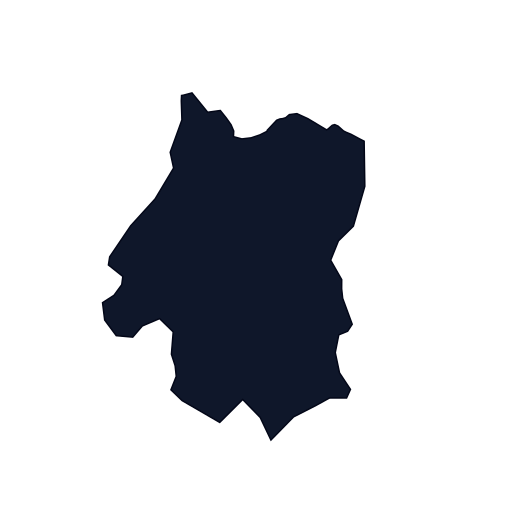 map outline of Făleşti (Albers equal-area conic projection), rotated 131°
{"feature_id": "MDA-1620", "entity_name": "Făleşti", "entity_type": "District", "adm_level": 1, "iso_a3": "MDA", "parent_name": "Moldova", "parent_adm1": "", "projection": "albers", "projection_center": [27.695, 47.571], "detail": "fine", "context": "isolated", "style": "filled", "palette": "ink", "viewbox_px": 512, "rotation_deg": 131, "n_neighbors": 0, "source": "natural_earth", "source_scale": "10m", "svg_char_len": 1078}
<svg xmlns="http://www.w3.org/2000/svg" viewBox="0 0 512 512"><g transform="rotate(131 256 256)"><path d="M99.5,254.1L98.4,249.7L132.0,219.6L169.6,202.1L190.5,203.7L210.2,196.9L217.6,175.8L224.6,169.8L231.1,162.8L244.4,138.6L252.7,137.5L261.2,141.8L276.9,132.8L289.4,116.3L294.7,97.2L303.7,94.5L315.0,107.4L329.2,112.6L352.8,122.1L385.1,124.0L375.1,146.9L373.0,171.9L405.4,174.2L413.6,216.9L412.8,232.4L399.2,237.2L391.9,245.0L385.6,255.4L367.6,268.7L366.5,287.7L383.4,295.9L398.1,295.8L407.8,309.2L403.6,328.2L391.9,341.2L378.8,337.4L365.7,338.5L358.8,343.1L359.6,361.5L352.6,365.9L315.4,370.4L279.1,369.6L243.7,375.9L234.0,388.8L201.9,401.2L187.9,414.2L183.7,417.5L182.4,416.4L174.9,411.3L179.2,386.8L169.6,378.4L171.3,369.1L173.3,360.9L176.3,354.8L180.7,351.3L176.9,343.5L170.0,337.2L162.0,332.5L154.7,329.5L153.8,330.0L140.0,329.5L136.9,327.9L134.8,326.0L132.1,324.3L127.4,323.6L121.7,318.5L118.3,306.9L114.5,285.5L113.1,285.0L107.3,284.2L105.2,282.8L104.1,279.3L104.2,272.0L103.5,269.2L101.8,264.2L99.5,254.1Z" fill="#0f172a" stroke="#020617" stroke-width="1.5"/></g></svg>